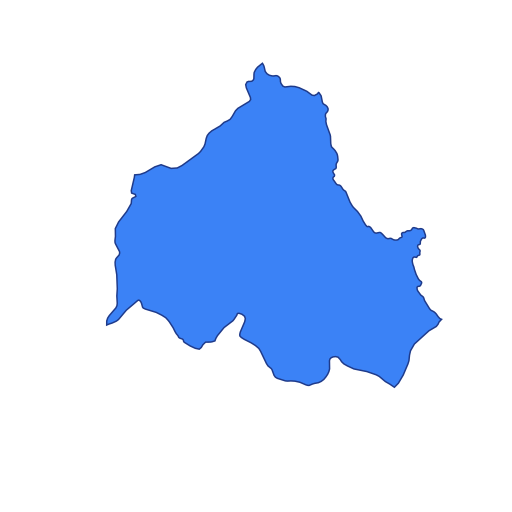 map outline of Ouham-Pendé (Mercator projection), rotated 337°
{"feature_id": "CAF-805", "entity_name": "Ouham-Pendé", "entity_type": "Prefecture", "adm_level": 1, "iso_a3": "CAF", "parent_name": "Central African Republic", "parent_adm1": "", "projection": "mercator", "projection_center": [16.39, 6.719], "detail": "fine", "context": "isolated", "style": "filled", "palette": "blue", "viewbox_px": 512, "rotation_deg": 337, "n_neighbors": 0, "source": "natural_earth", "source_scale": "10m", "svg_char_len": 5516}
<svg xmlns="http://www.w3.org/2000/svg" viewBox="0 0 512 512"><g transform="rotate(337 256 256)"><path d="M337.2,81.1L337.4,82.3L337.5,83.7L337.4,85.1L336.6,89.7L337.3,92.5L338.9,94.8L341.3,96.6L342.9,97.3L344.4,97.6L345.7,98.2L346.9,99.6L347.6,101.7L347.3,103.3L346.7,104.8L346.4,106.7L347.1,110.1L348.6,111.7L354.4,113.4L358.0,115.2L361.5,118.0L367.1,124.2L370.4,129.8L372.4,131.1L375.9,130.8L377.0,130.1L377.4,129.9L377.8,130.3L378.5,133.8L378.4,134.7L377.3,139.9L377.2,141.3L377.4,142.3L379.1,144.6L379.8,146.3L379.9,147.5L379.9,148.5L379.6,149.3L379.2,150.0L378.7,150.5L378.2,151.0L376.1,152.0L375.4,152.6L374.9,153.5L374.3,155.0L374.2,156.7L373.7,157.9L372.9,159.3L372.6,160.7L372.2,162.6L371.6,173.5L371.3,175.0L368.7,181.8L368.3,183.8L368.2,185.2L369.4,188.1L370.0,189.9L370.5,193.2L370.4,194.7L370.1,196.2L369.1,199.4L368.6,200.3L368.1,200.8L366.3,202.1L365.8,202.7L365.3,203.5L364.6,205.5L364.2,206.2L363.6,206.7L362.9,206.8L362.0,206.9L361.0,207.1L360.1,207.6L359.7,208.4L359.6,209.5L360.0,212.0L359.6,212.8L359.1,213.3L358.4,213.4L358.0,213.6L357.6,213.9L357.0,214.8L356.9,215.6L357.1,216.7L357.4,217.8L357.8,219.9L358.1,221.1L358.5,222.0L359.1,222.5L359.7,222.9L360.4,223.3L361.0,224.0L361.5,225.1L362.1,228.6L362.5,229.6L363.3,230.8L363.7,231.5L363.8,232.4L363.6,243.1L364.1,247.1L364.6,249.2L366.8,254.7L368.1,260.3L368.3,265.7L369.0,270.2L369.6,272.1L370.4,272.7L371.2,272.7L372.0,273.4L372.7,274.7L373.7,279.5L374.1,280.6L374.6,281.2L375.2,281.7L375.9,282.0L378.6,282.5L379.4,282.8L379.9,283.3L380.3,284.0L381.0,285.6L382.4,289.6L382.6,290.0L383.0,290.5L383.4,291.0L384.0,291.5L384.7,291.8L386.3,292.1L387.0,292.4L387.5,292.9L388.4,294.1L388.9,294.7L389.4,295.1L390.1,295.6L391.5,296.2L392.3,296.4L393.0,296.5L393.7,296.3L395.1,295.7L395.9,295.6L397.4,295.7L397.9,295.4L398.2,294.9L398.4,293.3L398.6,292.6L399.0,292.1L399.7,291.8L400.5,291.8L401.2,292.1L401.8,292.3L402.6,292.4L404.1,292.0L404.9,292.0L405.3,292.0L405.9,292.2L406.6,292.6L407.3,292.8L408.1,292.9L408.9,292.8L409.6,292.5L410.8,291.6L411.5,291.4L412.2,291.5L412.8,291.8L413.4,292.3L414.0,292.7L414.6,293.2L415.5,294.2L416.1,294.6L416.7,294.8L417.8,295.0L418.7,295.4L419.5,296.0L420.3,297.1L420.4,298.1L420.1,303.0L419.8,303.8L419.5,304.6L419.1,305.1L418.5,305.4L417.8,305.3L417.3,304.9L416.7,304.6L416.0,304.7L415.3,304.9L414.1,305.8L413.0,306.8L412.0,308.9L411.5,309.3L410.9,309.3L410.2,309.1L409.5,309.2L408.9,309.6L408.4,310.5L408.3,312.0L408.5,313.1L409.1,314.4L409.1,315.3L408.7,316.0L408.2,316.6L407.5,318.5L407.0,319.0L406.4,319.0L405.7,318.9L405.2,318.9L404.7,319.0L403.7,319.8L403.3,320.0L402.8,319.7L402.2,319.3L401.6,318.9L400.9,318.7L400.1,318.9L399.5,319.2L399.0,319.8L398.5,320.4L397.8,321.8L397.4,323.4L397.1,325.1L397.0,327.9L396.6,330.1L396.2,335.6L396.5,340.4L396.8,341.6L397.1,342.5L398.1,344.2L398.2,344.9L397.9,345.6L396.3,347.1L395.7,347.5L395.0,347.7L394.2,347.6L393.5,347.3L392.8,347.3L392.0,347.7L391.4,349.3L391.2,350.4L391.3,351.6L392.4,356.3L393.4,358.0L394.0,359.3L394.0,360.5L393.8,362.1L393.8,363.2L395.1,371.9L395.5,373.5L396.0,374.5L396.5,375.1L397.0,375.6L397.9,376.8L398.3,377.4L398.8,378.5L399.3,379.9L399.9,382.9L400.8,385.5L402.1,386.8L398.5,388.4L397.1,389.8L395.7,390.6L394.4,391.3L386.0,392.4L367.4,398.9L361.2,403.6L358.6,407.2L355.9,412.1L353.7,414.7L345.0,423.1L337.4,428.7L332.1,430.9L329.1,426.2L326.0,422.1L322.4,415.0L320.2,412.3L312.9,405.7L302.0,398.2L297.2,392.9L294.7,389.6L293.5,386.8L293.1,384.3L292.0,381.2L290.0,379.7L287.6,379.0L285.5,379.0L283.8,379.7L282.7,381.1L279.6,388.7L277.9,390.9L275.7,392.9L273.1,394.6L270.2,396.1L267.0,396.9L263.9,397.0L260.4,396.2L258.0,395.9L254.5,395.9L253.4,395.5L251.8,394.3L247.0,389.3L242.9,386.4L239.3,384.6L236.0,383.4L234.2,382.4L227.8,376.9L226.5,375.1L226.0,372.9L226.3,366.7L226.0,365.5L224.1,361.9L223.6,359.1L223.0,345.5L222.5,342.2L220.5,338.2L217.6,334.0L212.6,328.1L210.6,325.2L209.9,323.2L210.5,321.7L211.8,319.9L219.9,312.1L221.7,309.5L221.9,307.0L220.3,304.1L218.0,302.1L216.7,301.7L215.9,302.1L215.5,302.7L214.9,303.2L214.1,303.7L211.1,305.7L209.4,306.6L198.6,309.4L189.3,314.3L186.8,316.2L185.0,318.1L182.0,317.8L180.4,317.4L175.9,315.6L172.5,316.9L169.9,318.8L167.4,319.6L164.0,317.2L160.2,313.0L156.2,307.3L156.0,306.4L156.2,305.4L156.2,304.4L155.7,303.6L154.1,302.2L153.4,301.3L153.1,300.6L153.0,298.8L152.3,296.5L152.1,295.3L151.9,293.6L151.7,289.7L150.5,282.7L149.8,280.3L148.8,277.5L146.1,273.6L142.1,268.9L133.4,261.6L131.9,259.9L131.6,258.8L132.1,255.0L132.1,253.4L131.6,251.6L130.9,250.8L129.9,250.7L115.5,255.2L104.7,260.7L103.3,261.1L101.7,261.4L97.4,261.5L94.0,261.2L91.6,261.2L93.2,257.5L95.2,255.2L97.7,253.5L106.8,249.0L108.6,247.4L109.8,245.3L112.3,238.4L115.5,232.0L120.5,218.9L122.8,209.5L123.9,206.6L125.6,204.1L127.0,203.2L130.4,201.6L131.7,200.0L132.1,198.5L131.4,189.6L131.6,188.2L132.3,186.5L134.3,183.0L137.2,175.8L140.6,172.9L142.8,171.0L154.4,164.5L161.6,159.0L162.1,158.1L163.4,155.6L164.3,154.7L165.2,154.5L168.1,154.3L168.7,154.2L169.0,152.2L166.1,149.5L166.7,147.1L174.8,136.0L176.0,133.9L181.2,135.6L186.7,135.9L197.7,134.4L204.3,134.9L212.1,142.2L217.9,144.2L223.2,143.8L243.1,139.2L245.8,138.1L250.7,135.1L252.9,132.9L256.2,128.2L258.3,126.0L260.8,124.6L264.2,123.5L273.8,122.3L278.9,120.5L282.4,120.5L285.6,120.1L288.6,118.3L293.9,114.3L297.0,113.0L310.3,111.1L312.2,109.9L312.8,107.8L312.8,97.4L313.5,94.2L315.8,92.3L317.5,92.4L318.8,93.0L320.4,93.5L322.4,92.9L323.4,91.8L325.2,87.8L326.1,86.3L328.6,84.2L331.2,82.8L337.2,81.1Z" fill="#3b82f6" stroke="#1e3a8a" stroke-width="1.5"/></g></svg>